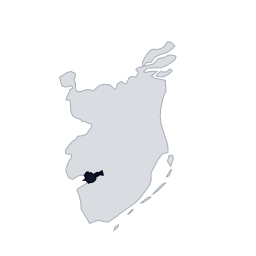 Hardenberg, Overijssel, Netherlands (highlighted), rotated 148°
{"feature_id": "6326949B3638629214663", "entity_name": "Hardenberg", "entity_type": "district", "adm_level": 2, "iso_a3": "NLD", "parent_name": "Netherlands", "parent_adm1": "Overijssel", "projection": "natural_earth1", "projection_center": [6.49, 52.57], "detail": "fine", "context": "in_parent", "style": "filled", "palette": "ink", "viewbox_px": 256, "rotation_deg": 148, "n_neighbors": 0, "source": "geoboundaries", "source_scale": "gbopen_adm2", "svg_char_len": 4978}
<svg xmlns="http://www.w3.org/2000/svg" viewBox="0 0 256 256"><g transform="rotate(148 128 128)"><path d="M159.3,207.4L154.9,207.3L150.8,207.2L148.6,206.9L146.3,206.1L145.2,204.3L143.9,202.2L144.3,201.0L148.2,197.3L148.7,196.3L148.3,195.8L148.7,194.2L151.7,188.7L152.1,186.6L150.8,185.0L148.9,184.1L142.7,182.5L139.7,180.2L138.3,178.3L137.0,177.7L134.9,178.4L129.8,179.1L125.6,178.0L120.6,174.3L119.5,171.0L118.9,168.4L117.7,167.5L116.0,168.8L113.9,170.9L109.7,171.1L108.6,170.7L108.4,169.5L108.1,168.4L107.0,167.0L105.8,166.3L100.5,170.1L98.5,170.1L96.1,168.6L94.8,167.2L92.1,168.0L89.7,169.8L90.5,173.2L89.2,173.8L86.2,173.5L82.8,172.1L79.0,171.2L73.3,168.9L65.3,170.8L59.7,168.6L55.1,168.3L52.3,166.6L49.2,163.5L51.4,161.5L53.6,160.8L62.0,160.5L68.2,161.7L79.2,168.2L81.9,168.2L84.9,167.4L83.4,165.6L80.7,164.7L76.6,162.9L73.3,160.5L81.0,159.7L80.0,158.4L79.0,156.2L71.0,148.6L72.4,146.5L74.5,142.1L77.1,138.4L79.1,137.4L82.4,134.8L89.8,127.2L94.4,121.0L97.9,113.6L103.1,93.4L104.6,90.0L107.0,86.2L110.0,86.9L112.1,88.0L119.6,85.1L132.4,77.6L136.2,71.2L139.9,68.2L154.5,62.3L162.6,60.6L175.1,60.1L184.1,59.1L194.9,58.7L199.0,62.3L201.4,64.9L205.2,66.4L211.2,67.4L210.9,72.6L210.9,83.0L210.5,84.8L207.8,89.1L205.0,97.0L204.3,102.1L203.4,103.1L192.0,103.1L190.4,104.0L190.2,105.1L190.7,106.4L190.5,107.7L189.6,108.8L190.1,110.5L192.0,112.5L195.7,113.7L199.5,113.8L201.5,113.6L202.9,114.9L204.4,117.1L204.3,119.8L203.7,123.4L201.9,126.7L196.7,130.6L194.3,131.9L192.1,132.6L191.0,133.7L190.5,134.9L190.6,136.1L194.4,139.2L194.3,139.9L193.2,141.5L191.8,143.0L182.1,146.2L178.1,145.9L175.8,147.5L175.1,147.8L172.6,146.4L166.9,144.7L164.8,145.3L163.6,146.2L160.1,147.3L157.5,149.0L157.5,151.2L162.0,157.0L163.6,158.1L163.6,160.3L165.8,163.0L168.1,166.4L168.3,168.6L168.0,170.7L166.9,173.8L162.9,181.1L162.9,182.5L163.2,183.5L164.6,183.8L165.6,184.4L165.3,185.4L157.9,190.4L157.0,191.3L153.9,191.0L153.4,191.9L153.8,193.2L155.0,194.4L157.7,195.0L159.9,196.3L161.7,198.8L159.3,207.4ZM82.8,172.1L82.1,174.2L80.4,176.5L74.6,179.8L68.6,182.0L65.5,181.7L63.4,180.6L62.3,179.4L59.1,178.2L54.7,177.6L52.0,178.9L50.0,180.1L48.3,179.9L47.0,178.9L46.0,177.4L44.8,172.6L48.1,171.7L55.2,171.4L60.7,173.0L67.9,173.9L73.5,171.6L77.8,173.5L82.8,172.1ZM71.0,152.5L75.2,155.5L76.1,156.5L76.4,157.5L71.0,158.7L65.4,155.0L61.6,155.9L60.2,154.2L60.2,153.1L64.1,152.1L71.0,152.5ZM112.1,79.0L107.8,82.9L105.3,81.8L104.5,80.9L105.9,77.9L112.2,72.8L112.1,79.0ZM131.1,61.7L127.1,62.2L125.3,61.4L134.9,59.2L141.0,58.6L142.1,58.9L131.1,61.7ZM156.9,57.7L148.5,58.6L145.6,57.9L145.2,57.3L147.5,56.9L154.7,56.8L156.9,57.4L156.9,57.7ZM121.8,66.0L113.8,70.0L113.1,69.4L118.3,65.9L121.8,66.0ZM191.4,50.9L187.4,51.1L188.5,49.7L192.2,48.6L194.2,48.6L191.4,50.9ZM174.2,54.9L168.2,56.7L166.8,56.3L167.1,55.8L172.4,54.6L174.2,54.9Z" fill="#d9dde1" stroke="#a8b0b8" stroke-width="1"/><path d="M189.2,102.0L186.3,100.9L183.6,101.3L183.3,101.5L181.9,102.4L182.1,104.2L181.9,104.2L181.6,104.1L181.3,104.0L181.1,104.0L181.0,103.9L180.8,103.9L180.6,103.9L180.6,104.0L180.5,103.9L180.5,104.0L180.5,103.9L180.4,103.9L180.2,103.8L180.2,103.7L179.9,103.6L179.8,103.8L179.7,103.8L179.7,104.0L179.4,104.1L179.2,104.1L178.9,104.1L178.7,104.0L178.6,103.9L178.6,103.7L178.4,103.5L178.5,103.5L178.5,103.4L178.4,103.4L178.2,103.4L178.2,103.5L177.9,103.7L177.9,103.8L177.7,103.9L177.4,103.8L177.3,104.0L177.2,104.0L176.9,104.0L176.7,104.1L176.8,104.1L176.7,104.1L176.4,104.2L176.3,104.3L176.3,104.2L176.2,104.1L176.0,103.9L176.0,103.7L175.9,103.7L176.0,103.6L175.9,103.5L176.0,103.5L176.0,103.4L175.9,103.4L176.0,103.4L175.9,103.4L175.8,103.2L175.7,103.2L175.6,102.9L175.4,102.8L175.5,102.8L175.5,102.7L175.4,102.7L175.5,102.7L175.4,102.5L175.3,102.4L175.3,102.5L175.2,102.4L174.9,102.3L174.8,102.2L174.7,102.2L174.4,101.9L174.4,102.0L174.3,101.9L174.2,101.9L174.0,101.7L173.9,101.7L173.9,101.8L173.4,103.4L172.9,105.1L173.6,105.0L173.7,105.4L176.7,105.4L177.1,105.4L177.7,106.6L178.0,106.6L178.4,106.6L178.6,106.6L180.4,106.7L180.8,106.7L181.2,106.5L181.3,106.5L181.3,106.4L181.5,106.3L182.3,107.1L182.6,107.9L182.6,108.2L182.7,108.5L182.8,108.9L183.0,109.0L183.2,109.3L183.3,109.4L183.3,109.5L183.5,109.6L183.6,109.8L183.8,109.7L183.7,109.6L183.8,109.5L183.9,109.4L184.0,109.4L184.2,109.5L183.9,109.6L184.0,109.8L184.3,109.9L184.5,110.0L185.3,110.5L186.1,110.9L185.6,111.3L185.4,111.6L185.7,111.6L186.1,112.3L186.4,112.2L186.5,112.1L186.8,111.9L187.0,112.0L187.4,112.0L187.8,112.0L187.8,111.8L187.7,111.7L188.0,111.4L187.9,111.1L188.4,110.9L188.6,110.8L189.7,111.2L189.8,111.2L190.1,109.8L190.2,109.3L189.1,107.5L190.6,107.8L190.6,107.7L190.8,107.6L191.0,107.1L191.4,107.1L191.6,107.0L192.1,107.2L192.3,107.2L192.7,107.1L192.8,107.1L190.7,105.6L190.8,105.3L190.9,105.2L191.0,104.8L191.0,104.7L191.0,104.4L191.1,104.1L191.0,103.9L190.9,103.8L190.7,103.7L190.4,103.5L190.4,103.4L190.2,103.5L190.0,103.4L190.1,103.2L190.2,102.9L190.2,102.7L190.2,102.4L190.3,102.3L189.2,102.0Z" fill="#0f172a" stroke="#020617" stroke-width="1.5"/></g></svg>